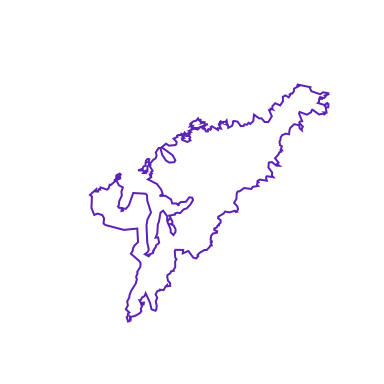 the district of Moskenes nor, Norway, rotated 203°
{"feature_id": "86288312B19862201560696", "entity_name": "Moskenes nor", "entity_type": "district", "adm_level": 2, "iso_a3": "NOR", "parent_name": "Norway", "parent_adm1": "", "projection": "albers", "projection_center": [12.984, 67.935], "detail": "fine", "context": "isolated", "style": "outline", "palette": "violet", "viewbox_px": 384, "rotation_deg": 203, "n_neighbors": 0, "source": "geoboundaries", "source_scale": "gbopen_adm2", "svg_char_len": 6100}
<svg xmlns="http://www.w3.org/2000/svg" viewBox="0 0 384 384"><g transform="rotate(203 192 192)"><path d="M284.8,149.4L282.4,148.8L278.3,138.0L273.0,132.7L270.5,135.2L265.6,135.7L262.6,133.4L261.1,128.4L258.6,127.8L239.9,130.5L228.1,137.0L222.1,124.8L224.1,120.0L224.3,117.6L223.6,114.2L224.2,111.3L213.9,108.0L211.7,106.6L210.3,103.1L211.2,97.0L210.3,95.7L210.3,92.0L208.7,90.2L208.0,86.0L209.4,77.0L209.2,72.6L208.5,70.2L208.9,65.9L206.7,62.6L207.1,58.2L202.6,56.6L203.5,55.1L202.6,52.7L203.2,51.3L200.3,47.8L198.9,48.8L200.2,52.7L199.2,52.0L199.7,53.1L196.3,55.4L192.9,59.7L192.0,62.5L193.5,64.2L193.3,67.1L194.5,68.4L192.6,69.4L193.0,71.4L195.9,69.9L198.0,71.8L197.1,72.0L196.7,75.4L195.0,77.7L195.1,80.7L187.3,73.6L183.5,68.2L179.2,68.4L179.0,70.2L180.0,73.4L182.6,77.2L182.7,81.1L185.6,83.7L185.1,87.3L183.2,88.7L183.5,89.5L179.8,90.6L179.4,94.7L178.6,96.5L178.2,95.4L175.4,97.0L176.6,99.6L179.5,101.0L181.8,104.5L182.1,106.0L180.2,108.8L180.3,110.8L178.1,112.3L178.6,112.7L178.1,116.3L180.4,121.5L180.0,124.1L181.7,124.9L184.7,130.6L184.7,132.3L177.5,135.2L176.5,131.9L172.3,136.3L165.2,132.1L162.1,132.5L161.2,135.5L162.3,136.1L161.2,139.0L157.9,143.5L155.8,144.3L154.2,148.6L154.4,149.7L153.0,150.5L155.1,153.1L154.2,153.5L154.6,154.5L156.3,155.4L157.3,159.3L156.4,162.1L153.2,164.2L153.5,165.7L156.5,165.6L157.2,166.9L155.3,169.2L155.3,171.2L154.1,171.9L154.6,173.0L153.7,174.9L154.7,177.3L157.7,178.0L158.2,179.5L154.5,184.5L153.9,186.9L149.5,187.9L145.2,191.5L143.8,190.7L143.0,191.3L143.5,191.5L142.9,192.8L143.0,194.3L144.8,196.6L149.0,198.4L148.4,203.1L150.3,208.1L150.2,210.3L148.5,211.2L145.6,216.0L138.6,218.0L138.2,220.4L133.5,223.4L134.9,223.9L135.5,226.4L134.6,226.9L135.9,227.7L134.5,229.9L127.5,231.6L129.1,233.5L129.6,235.1L129.2,235.8L122.9,237.4L124.9,238.4L125.7,241.2L131.2,244.3L132.8,249.1L130.1,250.8L124.4,249.2L121.8,250.3L124.7,251.0L123.8,252.8L128.8,255.5L127.0,260.6L127.1,262.7L125.8,263.8L126.7,265.0L125.4,265.5L127.0,266.7L127.1,269.1L129.2,269.5L131.2,272.6L130.9,274.1L131.7,276.8L131.2,279.6L128.4,282.4L125.2,283.1L126.5,287.4L126.5,289.7L124.3,294.4L119.5,295.3L117.7,292.7L115.0,291.8L115.7,293.0L115.5,295.5L120.3,297.5L120.2,298.9L118.3,300.2L124.1,306.0L124.2,307.7L116.4,308.1L113.5,312.0L113.8,314.2L113.1,314.8L105.3,313.0L101.5,315.7L100.6,315.1L99.7,316.9L100.9,317.1L99.2,317.8L102.0,322.1L99.7,323.2L100.7,326.2L102.5,326.1L101.5,327.4L102.9,326.1L103.2,322.3L103.7,323.9L110.9,323.1L110.3,324.6L111.3,327.3L107.8,329.0L111.2,328.3L111.2,329.4L107.0,330.2L106.3,332.7L107.3,332.9L105.9,334.1L107.0,334.0L104.7,335.4L105.2,336.2L110.3,335.0L112.2,332.1L121.5,331.4L124.2,333.8L124.0,334.7L136.7,332.2L136.6,330.9L135.2,331.0L138.4,327.1L137.6,324.5L138.1,321.8L140.0,321.2L139.4,321.1L140.2,320.1L139.5,319.6L140.0,316.9L143.8,317.4L145.6,315.1L143.7,311.1L144.7,306.1L150.1,306.2L151.5,302.5L150.7,300.3L151.2,299.9L150.3,299.5L152.3,299.3L152.0,298.0L153.0,297.5L148.1,292.9L149.1,286.2L152.5,284.8L156.7,287.0L158.9,286.0L165.1,287.4L163.3,281.2L164.9,277.4L167.0,277.8L167.6,275.5L170.1,274.8L170.2,273.0L172.9,271.7L177.6,274.6L181.3,273.7L181.9,272.8L181.2,271.9L180.9,268.7L183.7,265.2L185.1,267.6L187.1,267.5L186.2,268.5L188.1,271.4L188.5,269.7L190.6,268.8L190.5,267.5L192.8,268.2L192.4,266.5L193.6,267.0L193.5,265.0L194.4,264.3L192.0,265.0L193.0,264.1L190.1,261.7L193.1,260.9L192.4,259.3L199.4,260.3L200.2,258.9L199.1,257.7L199.3,256.5L201.2,256.5L201.8,255.6L201.1,254.1L202.6,253.2L205.1,255.1L205.0,256.3L205.4,254.7L206.8,254.6L207.8,255.1L206.8,256.6L208.6,256.2L203.9,260.6L206.8,259.2L207.7,261.1L210.2,259.1L209.8,260.5L211.5,259.9L212.6,260.5L211.9,260.9L212.3,261.8L214.1,260.9L215.2,262.1L216.3,258.8L218.1,257.8L219.1,256.4L219.1,254.5L219.9,254.8L220.2,253.7L219.0,253.0L219.4,251.6L217.0,253.2L217.2,251.1L210.2,253.7L211.1,251.8L214.7,251.2L218.7,247.0L216.4,246.6L218.8,244.3L216.8,244.2L218.2,241.7L216.2,242.5L214.9,241.6L215.3,239.9L213.6,239.0L215.7,236.3L221.3,236.1L222.3,237.3L220.4,238.6L222.3,239.5L221.4,240.6L222.1,241.2L221.9,242.3L219.4,242.1L222.0,243.8L222.3,241.2L224.5,241.4L224.2,240.2L226.9,239.1L227.7,237.9L226.9,237.1L229.8,233.9L225.8,232.1L225.1,230.1L225.5,228.8L231.3,225.7L234.8,226.3L237.4,221.3L224.3,218.3L219.7,214.7L220.0,212.5L224.4,210.2L228.3,210.8L234.0,214.6L238.3,220.2L239.9,219.4L240.8,214.3L238.7,211.5L238.7,208.6L240.2,206.6L241.6,201.9L243.3,201.9L244.1,205.5L245.8,205.1L246.6,203.0L245.3,201.9L246.3,201.2L245.0,198.0L246.6,196.5L246.5,194.2L250.1,190.8L245.3,192.7L243.9,191.7L244.3,190.4L241.8,191.4L242.1,192.8L241.5,193.2L242.8,193.6L241.6,194.7L242.9,198.0L242.2,200.4L240.8,200.6L240.4,198.8L236.5,196.1L237.5,194.2L236.1,193.3L237.8,191.7L237.0,190.9L236.6,192.1L235.3,189.6L237.5,186.4L227.5,185.7L221.3,182.2L218.2,178.7L219.9,176.5L219.6,176.0L215.0,178.1L208.4,177.0L205.7,173.7L202.0,175.3L199.5,174.5L199.1,174.8L199.9,176.0L198.3,178.4L193.8,180.6L192.4,186.1L189.5,186.8L187.9,184.9L188.6,179.9L190.5,174.8L192.9,172.7L194.6,168.0L197.7,167.1L199.2,165.7L198.8,164.6L203.7,161.4L198.6,157.3L197.6,155.0L199.3,154.1L195.7,154.0L192.6,151.3L191.6,148.8L192.3,145.1L195.9,146.6L197.1,149.3L203.2,155.2L202.3,158.0L204.1,156.8L205.2,159.9L211.3,163.5L212.9,160.7L210.8,151.5L210.9,149.2L207.8,140.4L207.7,135.7L205.5,137.0L202.4,132.4L204.3,128.7L203.8,126.9L204.5,124.9L204.2,123.2L204.8,122.9L204.0,120.6L207.2,117.6L206.3,117.3L206.7,115.9L211.1,116.3L209.5,118.9L209.2,122.0L213.5,128.1L220.9,143.6L222.3,149.4L221.7,157.1L229.6,166.3L232.2,171.4L234.0,172.3L245.7,168.1L244.9,155.0L246.3,150.7L248.9,150.0L248.1,148.0L249.5,147.0L250.2,149.5L249.3,150.2L253.0,148.9L254.5,149.8L254.1,150.8L255.4,155.1L255.2,161.2L257.2,165.0L257.4,169.2L261.8,169.6L265.8,172.8L265.6,174.4L266.9,175.7L267.0,177.7L264.8,176.7L264.8,174.9L263.3,176.4L264.8,178.7L264.4,180.2L265.7,180.7L268.1,177.8L267.1,174.7L267.9,172.6L267.1,171.5L269.5,166.7L270.6,166.5L270.2,163.0L271.0,161.0L278.0,160.5L277.8,158.7L278.5,158.5L278.5,158.4L278.2,158.4L277.9,158.2L279.0,157.8L278.6,155.7L280.7,154.9L281.3,156.9L284.8,149.4Z" fill="none" stroke="#5b21b6" stroke-width="2"/></g></svg>